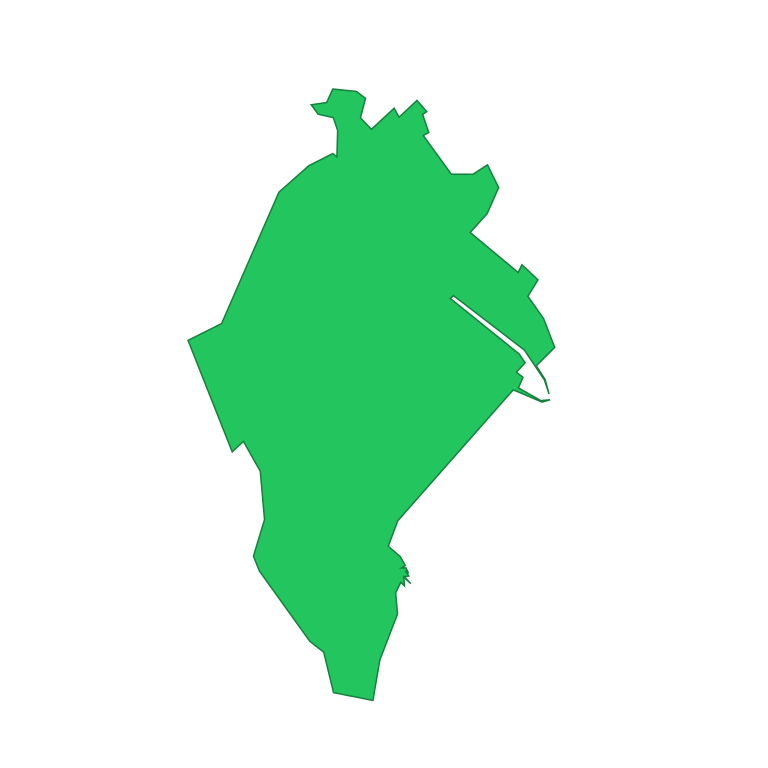 outline of Bray East Lea-4, Dún Laoghaire–Rathdown, Ireland, rotated 71°
{"feature_id": "5873133B23130465249545", "entity_name": "Bray East Lea-4", "entity_type": "district", "adm_level": 2, "iso_a3": "IRL", "parent_name": "Ireland", "parent_adm1": "Dún Laoghaire–Rathdown", "projection": "natural_earth1", "projection_center": [-6.106, 53.199], "detail": "fine", "context": "isolated", "style": "filled", "palette": "green", "viewbox_px": 768, "rotation_deg": 71, "n_neighbors": 0, "source": "geoboundaries", "source_scale": "gbopen_adm2", "svg_char_len": 1113}
<svg xmlns="http://www.w3.org/2000/svg" viewBox="0 0 768 768"><g transform="rotate(71 384 384)"><path d="M96.3,361.9L107.5,358.4L115.7,345.2L129.2,345.3L153.9,354.6L149.4,357.4L153.1,384.0L168.4,420.9L274.0,517.9L278.9,555.1L398.7,549.6L392.5,535.6L426.2,529.4L473.3,541.1L504.3,563.5L520.3,562.7L603.2,537.9L618.0,528.3L659.4,532.2L679.6,497.5L643.6,477.8L605.9,446.1L585.3,441.0L577.0,432.7L581.5,430.4L572.9,428.2L581.5,423.7L572.8,427.5L573.6,423.1L567.4,424.6L571.0,422.4L565.0,423.1L563.6,427.4L562.6,423.0L552.5,424.8L538.8,432.8L517.8,415.5L431.6,263.7L452.6,240.4L453.0,232.1L450.7,241.2L431.4,258.2L423.0,250.4L415.9,255.0L409.9,243.7L399.7,246.4L324.8,293.4L323.0,289.6L397.7,240.2L432.5,231.0L447.2,231.2L432.1,230.2L416.4,234.1L405.0,210.7L374.2,211.8L347.9,219.4L335.7,204.5L316.1,214.8L322.3,220.8L268.8,253.2L256.5,231.0L235.6,211.6L210.5,214.8L214.6,231.6L207.6,252.0L161.8,266.0L160.8,259.8L141.7,259.7L140.4,254.9L126.6,260.5L136.7,282.9L126.5,284.6L139.1,313.0L124.7,319.6L107.9,308.5L98.4,314.8L88.4,336.4L99.2,346.6L96.3,361.9Z" fill="#22c55e" stroke="#15803d" stroke-width="1.5"/></g></svg>